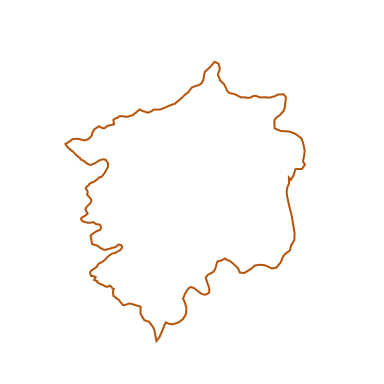 Kissidougou, Kissidougou, Guinea, rotated 57°
{"feature_id": "49546643B59034527585113", "entity_name": "Kissidougou", "entity_type": "district", "adm_level": 2, "iso_a3": "GIN", "parent_name": "Guinea", "parent_adm1": "Kissidougou", "projection": "natural_earth1", "projection_center": [-10.076, 9.254], "detail": "fine", "context": "isolated", "style": "outline", "palette": "amber", "viewbox_px": 384, "rotation_deg": 57, "n_neighbors": 0, "source": "geoboundaries", "source_scale": "gbopen_adm2", "svg_char_len": 3927}
<svg xmlns="http://www.w3.org/2000/svg" viewBox="0 0 384 384"><g transform="rotate(57 192 192)"><path d="M86.1,234.3L86.2,237.0L86.2,238.8L86.4,240.2L88.1,243.3L90.0,245.3L91.0,248.3L91.0,250.4L90.8,251.9L90.6,253.4L88.7,255.5L85.6,258.3L83.5,261.6L82.6,263.9L82.9,266.3L82.8,272.0L86.1,272.0L87.9,271.5L88.9,271.3L90.3,270.8L92.0,270.5L93.4,269.7L95.0,269.6L96.8,269.2L99.7,268.5L102.5,267.4L104.2,267.6L106.0,266.3L107.7,265.4L109.3,265.2L112.2,263.8L114.0,262.5L114.6,260.3L115.0,257.4L115.0,254.2L115.0,252.8L115.4,250.8L116.4,248.4L118.1,246.8L122.1,246.8L125.2,248.8L126.7,251.7L128.6,255.2L129.2,257.0L129.4,257.5L130.1,259.9L129.2,261.4L129.5,263.0L129.8,265.2L130.0,268.4L129.5,271.0L129.2,273.5L130.1,274.9L130.3,278.2L131.3,279.2L131.5,279.2L134.1,279.1L135.8,279.9L137.1,281.5L138.6,281.2L141.9,280.7L143.7,280.9L145.1,281.6L146.2,284.0L146.7,286.8L147.5,289.5L148.7,290.9L151.3,291.2L153.2,291.2L153.7,294.5L153.5,297.4L153.6,299.3L154.2,299.6L155.2,300.0L157.7,299.4L159.0,297.9L161.2,296.0L162.7,293.3L163.7,291.0L166.2,290.2L167.9,288.6L168.5,287.9L169.2,287.1L170.8,287.2L172.6,287.7L173.7,290.0L173.0,292.7L172.9,295.3L172.9,297.9L173.2,300.7L174.6,301.4L176.8,302.2L179.3,303.4L181.5,304.1L182.7,302.9L185.4,300.6L189.1,299.3L192.2,297.5L193.2,296.5L193.8,294.5L195.0,291.4L195.4,289.0L196.4,287.1L196.3,284.3L196.1,282.2L198.0,280.4L200.3,280.5L201.6,283.3L201.3,289.1L200.1,292.7L200.1,295.6L200.6,298.9L201.5,302.3L201.8,305.7L201.4,308.0L201.4,309.9L202.9,312.5L203.1,316.4L203.0,319.6L204.2,321.4L207.4,322.4L208.8,320.6L210.9,319.1L212.4,322.0L215.1,320.0L216.1,320.6L219.1,319.1L222.1,317.0L224.4,315.9L225.5,314.4L225.8,311.7L229.7,311.1L230.8,310.4L232.2,312.3L234.1,313.5L235.5,314.1L236.2,314.5L237.0,314.2L240.3,313.1L242.8,312.0L244.8,312.0L248.4,311.6L249.8,311.2L251.5,305.0L255.1,301.8L260.2,297.6L265.7,301.3L270.2,301.8L273.2,301.8L273.4,301.8L277.6,298.7L284.0,298.2L287.2,298.7L297.6,303.0L297.5,302.7L295.9,298.1L288.7,287.6L287.1,284.9L289.6,283.4L292.4,280.4L294.1,274.1L293.7,268.6L290.8,263.2L286.2,259.9L281.0,258.2L276.3,257.5L274.9,255.0L273.8,253.8L271.9,250.2L270.9,247.2L271.0,244.8L274.1,242.4L278.7,241.0L281.9,239.8L284.5,237.9L285.3,236.6L285.7,235.9L285.7,232.5L283.1,230.4L279.4,229.2L275.9,228.5L271.1,227.0L270.1,223.5L270.4,220.3L270.7,218.4L269.5,214.9L266.9,211.7L266.1,211.0L264.1,208.5L265.3,205.0L265.8,200.4L268.2,199.7L270.1,198.0L273.4,196.8L280.5,195.0L285.7,195.7L288.4,192.3L288.6,183.3L287.8,179.6L288.4,178.3L289.2,176.3L290.8,173.5L293.0,170.9L296.8,168.3L299.7,166.6L301.4,162.4L299.2,155.7L296.7,152.3L295.2,149.5L294.6,146.5L294.3,141.6L290.7,137.9L288.0,132.3L282.4,128.4L274.0,124.7L266.8,121.5L260.4,119.4L255.4,117.6L250.2,115.6L247.6,114.7L243.2,112.4L239.9,109.4L237.8,106.0L234.2,103.8L232.7,102.9L235.7,102.5L233.1,97.3L229.2,93.1L229.7,91.7L232.6,87.3L230.6,82.3L227.0,82.3L225.0,80.6L222.5,78.0L218.5,74.9L212.5,72.5L206.6,71.0L199.1,73.8L193.9,77.9L189.2,84.3L183.7,88.0L180.3,86.2L176.7,83.8L175.5,80.8L175.3,76.2L174.1,71.7L173.4,70.1L170.6,67.2L168.7,66.0L166.9,64.3L163.9,61.6L160.0,61.9L157.1,66.8L156.8,70.2L155.3,75.2L152.4,79.1L149.8,83.3L146.0,86.3L145.0,88.0L144.8,90.9L143.6,93.8L140.8,96.8L140.3,97.9L139.5,99.2L136.9,100.8L133.6,102.7L132.2,103.8L129.5,106.7L126.2,107.4L123.0,106.8L118.5,106.4L116.6,106.9L114.2,107.7L107.6,106.4L106.4,104.9L104.0,101.6L100.6,100.5L98.8,99.9L95.8,101.7L95.1,102.1L96.0,105.1L97.0,108.7L97.7,112.5L98.1,115.6L101.2,118.9L104.2,121.4L106.2,125.4L105.9,128.7L105.1,131.0L104.3,135.2L106.3,140.9L106.7,145.6L107.6,149.9L108.0,153.2L108.6,158.2L107.3,163.6L106.3,169.9L105.4,173.9L103.0,177.8L102.0,179.3L102.2,182.2L101.4,186.0L99.7,187.2L96.8,189.5L94.2,191.0L94.6,193.6L95.3,199.6L94.1,204.0L93.1,206.4L91.3,208.0L88.8,211.9L89.2,213.7L89.3,214.3L88.6,215.5L88.7,218.7L92.8,220.6L90.4,227.1L90.9,230.1L89.9,232.1L87.6,233.5L86.1,234.3Z" fill="none" stroke="#b45309" stroke-width="2"/></g></svg>